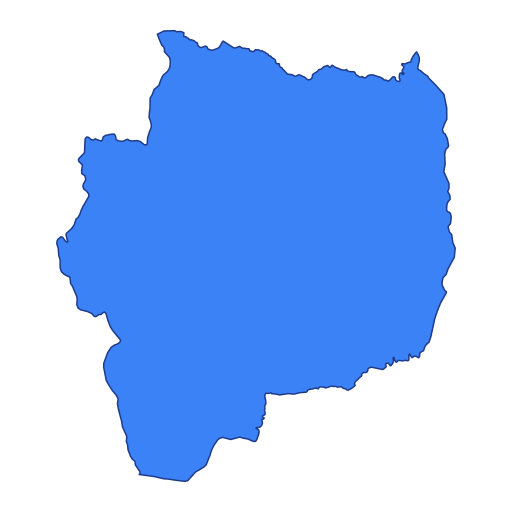 Xaysathan, Xaignabouri, Laos
{"feature_id": "54806243B87801553975082", "entity_name": "Xaysathan", "entity_type": "district", "adm_level": 2, "iso_a3": "LAO", "parent_name": "Laos", "parent_adm1": "Xaignabouri", "projection": "natural_earth1", "projection_center": [101.39, 19.388], "detail": "fine", "context": "isolated", "style": "filled", "palette": "blue", "viewbox_px": 512, "rotation_deg": 0, "n_neighbors": 0, "source": "geoboundaries", "source_scale": "gbopen_adm2", "svg_char_len": 5892}
<svg xmlns="http://www.w3.org/2000/svg" viewBox="0 0 512 512"><path d="M157.4,34.2L159.1,39.0L161.8,45.2L163.9,47.3L164.5,49.6L164.4,51.7L169.5,57.4L170.3,61.1L170.1,65.8L169.0,69.2L167.2,71.7L163.0,75.4L160.7,80.2L158.9,85.4L154.1,89.4L152.3,94.5L150.1,98.3L150.0,108.3L149.4,112.4L149.1,117.5L150.3,120.6L151.3,124.6L151.2,127.7L149.5,131.5L147.9,136.7L147.4,139.8L147.3,143.2L146.7,144.7L144.7,145.0L139.8,141.2L136.6,140.6L132.0,141.0L129.2,140.4L127.7,139.3L126.2,139.7L123.0,141.3L118.7,141.0L116.1,139.6L115.5,135.9L114.4,134.2L112.0,134.1L105.5,135.4L103.2,136.9L102.3,140.2L100.9,141.1L95.3,138.9L93.4,139.9L91.6,139.8L88.2,137.2L86.7,137.0L85.1,138.9L84.5,152.7L80.0,157.3L78.5,159.2L78.6,161.1L82.4,165.1L81.6,170.8L81.8,173.6L84.8,175.7L85.4,177.6L85.7,179.8L83.4,184.1L82.9,186.1L83.7,189.0L86.2,190.9L88.6,193.7L88.9,195.2L88.6,196.8L82.9,206.6L81.0,210.8L79.8,214.5L77.9,217.6L76.0,219.1L74.2,224.8L71.8,228.4L66.3,233.4L66.1,235.0L67.1,239.6L67.8,241.3L67.2,242.3L65.6,241.3L62.5,237.1L60.8,236.9L58.1,239.1L57.1,240.8L56.8,243.7L58.2,248.2L58.8,255.8L60.1,259.7L60.1,267.4L61.4,271.7L64.3,274.4L69.9,277.3L70.6,283.4L72.4,286.1L76.8,296.6L77.2,299.3L76.8,304.5L78.0,308.0L80.6,309.8L87.3,311.5L91.5,313.3L94.3,316.4L95.8,316.6L99.1,314.5L100.9,314.5L103.2,312.6L104.7,312.1L106.1,313.7L107.8,320.1L110.4,326.9L113.2,331.2L120.5,340.0L120.2,341.8L117.8,343.8L114.2,345.2L111.2,347.3L107.6,352.8L103.8,363.2L103.7,367.4L106.3,380.6L109.6,386.3L112.7,391.0L116.4,395.3L118.2,399.2L117.4,403.6L118.5,409.6L121.6,421.2L122.5,426.9L126.8,436.5L126.3,441.5L127.5,444.5L128.1,450.0L130.5,456.2L132.2,459.0L134.9,461.3L135.4,464.9L139.8,471.5L140.1,473.0L139.3,474.5L154.6,476.6L163.9,478.8L168.0,479.0L176.2,480.3L184.8,481.3L187.7,480.7L195.4,472.1L203.6,467.2L206.1,465.0L209.9,455.5L211.7,449.7L214.1,445.0L217.7,439.9L219.6,438.3L222.6,437.4L230.7,439.5L239.7,437.1L243.7,438.3L247.5,438.9L253.6,441.5L255.6,441.3L256.8,439.6L258.7,434.1L259.1,432.1L258.8,430.1L257.7,429.2L256.2,428.6L256.0,428.1L256.3,427.7L259.1,427.4L260.4,426.8L261.6,425.5L262.3,423.7L262.5,422.1L261.6,420.1L261.7,419.5L263.4,419.1L264.2,418.1L262.4,416.8L262.5,416.1L263.0,415.5L264.6,414.9L265.1,414.2L265.2,413.3L264.5,410.0L265.0,408.4L264.6,406.7L264.8,405.7L265.8,404.0L265.8,401.1L264.8,396.4L265.1,394.4L265.7,393.3L268.8,393.4L271.0,392.8L271.8,393.7L274.9,393.9L279.7,394.9L288.2,393.6L294.2,394.1L299.7,392.7L306.2,392.2L307.1,391.4L308.2,389.8L309.1,389.4L312.9,388.9L315.1,388.0L317.6,388.7L318.4,388.7L319.1,387.4L320.2,386.8L324.3,387.2L325.2,387.9L328.0,387.3L331.3,386.0L332.9,386.5L335.5,386.3L337.4,387.1L341.3,386.7L343.3,388.4L345.9,388.9L346.8,389.9L348.1,390.2L350.9,388.8L354.1,386.5L355.1,385.3L354.5,383.1L355.4,381.6L358.0,379.3L359.8,377.3L361.2,376.4L361.7,375.7L361.8,374.1L362.3,373.3L364.3,372.3L365.6,372.6L366.7,372.2L367.5,371.4L368.0,368.9L369.4,367.7L371.7,367.2L382.5,369.5L383.4,369.2L385.8,367.2L386.2,366.5L385.6,364.1L385.9,363.5L387.8,363.0L388.4,363.2L390.0,365.5L390.4,365.7L391.1,365.5L392.6,363.5L393.5,361.7L393.6,360.5L393.1,359.2L393.3,357.5L394.0,357.6L394.2,358.7L395.6,361.4L396.1,362.1L396.6,362.2L398.1,360.6L398.7,360.4L402.7,360.9L404.5,360.4L407.8,360.7L408.5,360.5L408.9,359.5L409.0,354.8L409.6,354.1L411.8,357.5L412.6,357.4L414.2,356.2L414.9,356.1L416.5,356.4L417.7,357.4L418.7,357.7L419.3,357.0L419.6,356.5L419.8,353.4L420.3,352.5L423.5,350.7L425.2,346.0L427.3,343.6L429.0,342.2L430.9,336.5L434.8,318.5L437.5,310.6L440.6,302.9L446.3,292.9L446.3,291.6L444.6,290.3L442.1,284.9L442.2,281.5L443.0,277.8L446.2,274.3L448.0,269.0L454.3,257.2L455.2,248.1L452.8,242.5L451.7,234.7L449.5,232.1L448.2,227.7L448.3,226.3L448.8,225.4L450.1,224.2L450.6,223.1L451.2,217.1L450.5,213.5L449.3,212.3L448.3,212.1L446.8,210.8L446.6,208.5L447.0,204.2L448.0,201.8L450.1,199.4L450.0,196.6L449.6,194.7L447.8,191.8L447.9,190.8L448.6,189.5L449.0,188.0L449.0,183.5L443.8,171.7L445.1,164.2L444.7,154.3L445.8,149.3L447.9,147.3L448.6,145.8L447.3,138.5L445.1,134.0L443.3,132.8L442.4,129.3L445.3,122.1L446.8,119.3L446.7,107.9L443.9,94.3L435.0,84.4L428.9,78.3L427.6,76.1L423.9,73.6L420.5,70.7L418.2,69.5L417.8,67.2L419.3,60.7L419.3,57.8L418.2,54.7L416.6,52.0L415.6,52.8L413.1,56.2L411.1,60.1L410.9,61.6L410.3,62.1L408.0,62.5L405.7,63.7L404.5,63.9L402.5,63.6L401.9,63.9L401.8,64.9L403.6,66.4L403.7,66.9L403.7,67.8L402.2,70.3L402.2,71.5L402.4,72.2L403.8,73.1L403.8,73.7L403.5,74.3L403.1,74.4L401.0,73.0L400.3,73.1L399.7,73.7L399.4,74.8L399.3,77.9L400.1,80.4L399.4,81.4L397.6,81.3L396.0,80.2L395.5,79.4L395.3,77.7L394.2,76.8L392.7,76.9L390.2,79.8L387.9,81.1L386.4,80.2L384.1,79.9L382.4,78.3L380.4,77.3L373.2,75.0L370.7,74.9L368.7,75.3L367.4,76.1L366.0,77.5L365.2,77.8L363.7,77.6L361.9,76.5L361.1,77.0L359.8,77.1L356.4,74.9L355.5,74.0L355.0,72.7L354.1,71.8L348.8,71.5L347.4,70.8L346.8,69.8L346.2,69.5L345.5,70.0L344.0,70.2L340.9,69.7L339.3,68.7L335.3,67.3L332.8,65.5L332.0,65.3L331.5,65.6L330.5,67.4L329.5,67.3L327.9,65.7L327.3,65.5L323.5,66.9L321.2,69.2L319.0,69.5L317.2,71.6L313.2,74.0L312.5,75.1L312.2,77.5L311.0,79.2L308.2,79.9L307.0,79.3L304.7,77.2L299.6,74.9L298.2,74.9L296.2,76.1L294.9,76.2L292.2,74.7L287.5,74.1L284.1,70.4L282.9,69.5L282.3,68.2L280.1,66.9L279.4,65.4L279.4,64.0L278.8,63.7L276.2,63.5L275.3,60.2L274.7,59.4L271.6,57.3L270.8,56.2L269.9,56.1L268.7,55.4L268.1,54.2L266.8,53.7L264.7,52.1L263.4,51.7L262.4,50.9L260.5,50.9L258.8,49.9L255.4,49.7L254.1,51.3L252.2,51.6L251.5,51.1L249.8,51.0L249.4,49.4L248.9,48.8L245.4,48.5L244.4,48.1L242.9,48.4L239.5,46.4L235.5,47.9L233.8,47.9L223.2,41.1L222.2,42.0L220.5,45.4L218.6,47.9L213.1,50.1L210.5,50.1L207.7,48.7L207.1,47.0L205.6,46.1L201.5,47.5L199.8,47.3L197.8,45.3L197.5,43.3L197.0,42.7L195.7,42.2L194.1,40.8L191.5,39.8L190.3,40.0L189.8,39.4L188.8,39.1L188.1,38.1L187.2,37.9L186.4,37.0L183.8,36.4L183.8,32.7L180.9,31.5L176.4,31.7L174.8,30.7L163.9,31.0L157.4,34.2Z" fill="#3b82f6" stroke="#1e3a8a" stroke-width="1.5"/></svg>